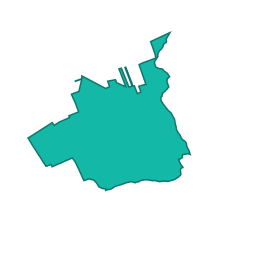 Ciénega de Zimatlán, Oaxaca, Mexico, rotated 325°
{"feature_id": "50627088B24953100637846", "entity_name": "Ciénega de Zimatlán", "entity_type": "district", "adm_level": 2, "iso_a3": "MEX", "parent_name": "Mexico", "parent_adm1": "Oaxaca", "projection": "orthographic", "projection_center": [-96.761, 16.893], "detail": "fine", "context": "isolated", "style": "filled", "palette": "teal", "viewbox_px": 256, "rotation_deg": 325, "n_neighbors": 0, "source": "geoboundaries", "source_scale": "gbopen_adm2", "svg_char_len": 3547}
<svg xmlns="http://www.w3.org/2000/svg" viewBox="0 0 256 256"><g transform="rotate(325 128 128)"><path d="M120.1,58.9L118.3,61.1L111.8,59.3L111.7,59.6L118.2,61.4L109.1,69.6L109.0,69.9L103.5,68.5L103.2,68.4L101.0,67.9L100.4,70.8L99.2,77.5L96.8,86.5L86.6,84.1L86.2,85.9L74.9,83.7L68.9,83.5L69.0,80.4L69.0,80.1L58.4,79.7L40.4,78.9L40.5,79.1L40.4,79.7L40.0,84.2L39.8,87.4L39.8,87.6L39.7,89.9L39.7,90.3L39.6,93.6L39.2,103.4L39.1,105.1L39.1,105.3L38.9,112.3L39.9,112.7L43.4,113.6L43.9,113.5L44.0,114.0L43.6,116.2L43.8,116.2L45.1,116.5L46.4,116.8L47.3,116.9L48.1,117.1L48.6,117.2L49.2,117.3L49.7,117.5L50.3,117.6L50.9,117.7L51.4,117.8L51.9,118.0L55.2,118.6L55.4,118.6L65.2,120.6L65.2,120.8L65.3,125.7L63.9,134.0L61.7,145.7L62.6,146.2L66.7,147.2L70.1,151.0L70.7,155.2L70.4,159.7L72.7,163.3L74.8,165.0L73.9,166.3L75.0,166.5L76.0,166.9L77.0,167.5L78.9,168.2L80.1,168.4L81.7,168.4L83.3,168.4L85.1,168.7L86.3,169.2L88.3,169.9L90.7,170.7L92.2,171.0L93.6,171.5L95.6,171.9L97.0,172.8L99.2,173.4L100.1,174.0L100.7,174.8L101.2,175.3L101.5,175.8L101.9,176.5L102.4,176.9L104.0,177.2L104.6,177.6L105.3,177.8L106.1,178.3L107.1,178.2L108.6,178.5L111.9,180.0L114.5,181.9L116.2,183.6L118.1,185.5L119.2,186.0L120.3,186.8L121.0,187.5L121.8,188.7L123.5,190.3L124.6,190.8L126.2,191.6L127.9,192.9L130.1,194.7L136.4,196.9L140.0,197.1L141.8,197.0L144.1,196.7L144.9,196.1L145.6,194.6L146.6,192.9L147.4,192.0L148.4,191.5L149.3,191.5L150.3,191.9L150.5,191.0L150.4,189.5L150.4,188.0L150.7,185.7L151.4,183.6L151.4,182.7L152.5,183.3L155.6,183.4L157.3,181.1L158.4,181.6L162.6,183.6L163.8,185.3L165.2,180.4L165.2,178.6L165.7,176.5L167.1,174.0L167.1,172.6L166.8,170.9L166.1,169.1L165.8,167.0L166.6,163.5L166.4,160.8L166.7,157.4L168.6,153.5L168.8,152.2L170.0,149.9L170.8,148.3L171.3,146.9L171.3,144.8L171.7,142.6L171.9,140.3L171.7,139.0L171.1,137.3L170.6,130.7L170.7,130.3L170.7,129.9L170.6,129.1L170.6,128.6L170.5,128.2L170.6,127.8L170.6,127.4L170.7,127.0L170.8,126.6L170.7,126.1L170.7,125.8L170.7,125.4L170.8,125.0L170.9,124.6L171.0,124.2L171.2,123.8L171.4,123.5L171.7,123.1L171.9,122.7L172.1,122.3L172.6,122.0L172.7,121.7L173.9,121.6L174.3,121.2L174.6,120.9L174.9,120.7L175.3,120.3L175.8,120.0L176.2,119.7L176.1,119.2L178.3,119.2L179.5,119.1L180.1,118.9L181.0,118.7L182.3,118.6L182.8,118.4L183.4,118.1L184.6,118.0L184.9,117.6L185.1,117.2L185.3,116.8L185.4,116.4L185.4,116.1L185.5,115.6L185.7,115.0L185.8,114.4L186.1,114.0L186.3,113.4L186.2,112.9L186.5,112.4L186.7,112.1L187.0,111.7L187.5,111.3L188.1,110.7L188.4,110.3L188.7,109.9L189.6,110.2L190.6,110.0L191.5,109.9L191.6,105.7L190.4,102.5L190.0,99.4L187.6,97.3L185.8,94.1L186.8,90.4L188.2,88.6L193.4,86.7L194.4,84.9L195.7,84.0L197.5,83.0L198.3,82.8L199.2,82.7L200.3,82.5L200.9,82.3L201.5,82.1L202.0,82.0L203.3,81.4L203.7,81.2L204.5,80.1L206.3,79.7L206.4,79.8L208.3,79.8L209.1,79.3L210.3,77.1L217.1,73.9L214.5,73.4L213.7,73.3L196.1,70.2L192.4,83.6L191.6,85.1L191.3,86.3L191.2,86.7L185.2,85.2L184.5,85.0L177.1,83.0L176.8,83.0L173.5,82.4L173.4,82.4L167.7,102.5L167.6,102.4L161.0,100.0L160.8,100.0L159.2,106.0L155.8,105.3L155.4,105.2L157.4,97.0L156.1,96.5L156.2,96.3L161.0,77.0L160.8,77.0L160.7,76.9L160.4,76.9L160.2,76.8L155.4,96.1L152.2,94.8L152.3,94.6L156.9,75.2L154.5,74.4L149.9,92.9L146.0,86.7L144.7,84.4L145.4,81.3L145.1,81.1L144.7,81.0L144.3,80.8L143.6,80.5L143.3,80.3L143.0,80.2L142.7,80.0L142.4,79.8L142.1,79.7L141.7,79.6L141.4,79.4L141.1,79.2L140.4,79.0L140.1,78.8L139.8,78.7L139.5,78.6L139.2,78.5L138.9,78.4L138.2,78.0L136.6,83.7L132.6,82.8L132.3,82.7L120.1,58.9Z" fill="#14b8a6" stroke="#0f766e" stroke-width="1.5"/></g></svg>